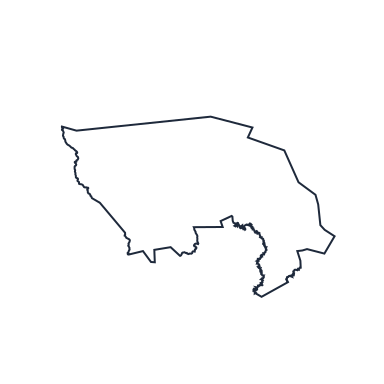 outline of Middle Ramu District, Madang, Papua New Guinea, rotated 31°
{"feature_id": "67681753B72942369161331", "entity_name": "Middle Ramu District", "entity_type": "district", "adm_level": 2, "iso_a3": "PNG", "parent_name": "Papua New Guinea", "parent_adm1": "Madang", "projection": "mercator", "projection_center": [144.728, -4.954], "detail": "fine", "context": "isolated", "style": "outline", "palette": "slate", "viewbox_px": 384, "rotation_deg": 31, "n_neighbors": 0, "source": "geoboundaries", "source_scale": "gbopen_adm2", "svg_char_len": 6048}
<svg xmlns="http://www.w3.org/2000/svg" viewBox="0 0 384 384"><g transform="rotate(31 192 192)"><path d="M46.8,202.9L46.9,203.2L47.4,203.7L48.4,203.5L48.8,203.9L48.9,204.1L48.4,205.1L48.4,205.5L48.7,205.8L49.7,205.9L50.1,206.1L51.3,207.0L51.5,207.3L51.6,208.2L52.4,210.2L52.8,210.5L53.4,210.7L54.1,211.6L54.5,212.0L55.0,212.2L55.9,212.2L57.0,213.3L57.5,214.0L58.4,214.5L58.7,214.6L59.8,215.2L61.1,215.5L62.4,215.4L63.5,215.5L64.9,215.8L65.4,216.0L66.2,216.0L66.9,215.7L67.3,215.7L68.5,216.1L69.3,216.1L70.3,216.5L71.9,216.6L73.0,217.0L73.4,217.5L73.4,217.8L72.6,218.6L72.8,219.3L74.7,220.6L75.1,220.7L76.0,220.7L76.4,220.9L77.2,221.8L77.4,223.1L76.7,224.4L76.7,224.9L77.3,225.5L77.1,226.0L76.4,226.3L76.1,226.5L76.1,226.8L76.6,227.2L78.0,227.6L78.7,228.2L78.8,228.8L78.7,229.3L78.3,230.1L78.3,230.4L78.4,230.9L79.4,232.5L79.6,232.8L80.6,233.4L81.1,234.8L82.4,235.8L82.8,236.8L84.0,237.8L84.9,239.2L85.7,239.5L86.7,239.2L87.2,239.3L87.5,239.5L87.7,239.8L87.7,240.5L88.0,241.3L88.4,241.6L89.8,241.6L90.5,242.3L90.9,243.1L91.8,243.0L93.4,242.3L94.6,242.2L97.0,243.4L97.6,243.3L98.4,242.9L98.9,242.5L99.3,242.4L100.0,242.4L100.5,241.9L100.8,241.9L101.1,242.1L101.2,242.7L100.7,243.2L100.8,243.6L101.2,244.2L101.9,244.5L103.0,246.1L104.1,246.6L105.0,246.3L106.0,246.6L106.8,247.5L107.0,247.6L107.9,247.6L108.8,248.4L109.5,248.8L118.6,248.7L155.6,261.4L156.6,262.9L156.5,263.5L156.7,264.0L157.0,263.9L157.9,264.4L158.9,264.8L159.3,265.1L162.6,264.9L163.5,265.3L163.7,265.6L163.9,266.2L164.2,267.6L164.1,268.3L164.2,269.1L165.0,269.9L165.1,270.3L165.0,270.8L165.3,271.1L165.8,271.2L167.3,272.2L167.6,273.0L168.2,273.6L168.1,274.7L168.5,276.3L168.2,277.3L168.8,278.2L169.1,278.4L169.9,277.7L170.2,278.0L180.4,267.9L192.9,273.1L196.3,271.4L189.5,261.0L202.1,250.3L214.6,252.9L214.9,252.7L215.2,251.9L215.2,250.7L214.9,249.7L215.1,248.8L216.0,248.2L216.4,247.6L216.7,247.5L218.0,247.5L218.9,246.9L219.2,247.0L219.7,247.3L220.4,247.0L220.8,247.1L221.4,246.5L221.6,246.1L223.3,245.1L223.6,244.3L223.2,243.2L223.4,242.4L223.8,242.1L225.0,241.7L224.5,240.4L224.1,239.8L224.4,239.0L224.7,238.6L224.6,237.8L224.3,237.7L224.3,237.4L224.1,237.2L223.3,237.2L222.9,236.9L222.0,237.3L221.3,236.9L221.1,236.1L221.3,235.0L222.1,234.0L224.0,233.5L223.9,232.9L221.7,231.3L220.7,229.3L219.8,228.2L219.5,227.3L218.8,226.5L216.1,225.1L215.5,224.2L213.4,223.1L212.4,221.7L211.7,221.2L236.3,206.2L231.5,202.2L238.3,192.1L239.3,192.3L241.8,195.8L243.4,197.0L244.4,196.9L245.4,196.6L246.2,198.0L246.2,198.5L245.9,199.1L247.0,199.1L247.2,198.6L246.9,197.3L247.2,197.1L248.0,197.3L248.7,197.9L248.8,197.0L248.6,196.4L248.2,195.9L247.7,196.0L247.0,195.7L246.7,195.4L246.9,195.0L247.4,194.9L247.7,195.3L248.9,195.8L249.3,196.3L250.9,196.8L251.9,195.6L252.3,194.6L252.6,195.0L252.6,195.4L252.0,196.2L250.9,197.2L251.1,197.7L251.8,198.0L252.4,198.0L252.7,197.7L252.8,196.6L253.1,196.4L255.2,197.5L255.6,197.1L255.9,196.3L256.9,197.0L257.0,196.7L256.3,195.8L255.9,195.7L254.6,195.6L254.3,195.3L254.5,193.6L255.0,192.8L255.4,191.9L256.2,191.9L256.4,191.4L256.8,191.1L257.2,191.4L258.7,191.2L258.4,190.7L257.8,190.4L257.8,189.2L258.5,189.0L260.0,189.4L260.0,190.2L260.8,190.9L261.9,190.8L262.2,191.2L261.6,192.1L262.0,192.2L262.7,191.9L263.3,192.9L263.5,192.8L263.8,192.0L264.3,192.5L265.3,192.8L266.0,193.7L267.2,194.3L267.6,194.1L267.8,193.5L267.7,192.9L267.4,192.5L267.5,192.2L267.9,192.2L268.2,192.5L268.1,193.3L269.0,193.6L269.5,194.1L269.8,193.9L270.2,192.5L271.0,192.5L271.1,192.9L271.9,193.7L272.5,194.0L272.7,194.5L273.6,194.8L273.6,195.7L274.4,195.7L274.8,195.5L275.2,195.1L275.5,195.7L276.2,195.9L277.0,195.5L277.5,195.8L278.3,197.2L278.9,197.0L279.4,198.0L280.5,198.5L280.8,199.1L279.6,199.6L279.8,199.9L280.6,199.6L281.7,200.0L281.7,200.3L281.3,200.6L281.4,200.8L282.4,201.1L283.0,201.0L283.3,201.7L284.1,201.2L284.1,202.0L284.6,202.6L285.3,202.8L285.7,203.3L285.2,203.9L285.9,205.6L285.4,206.2L285.7,207.3L285.0,207.6L285.6,208.0L285.9,208.5L285.2,209.0L284.9,208.7L283.8,210.5L283.8,210.9L285.0,210.8L285.4,211.2L284.3,212.2L284.4,212.9L284.8,213.0L284.4,213.9L284.6,214.2L283.7,214.8L284.3,215.0L283.7,215.8L283.0,215.9L283.1,216.2L283.6,216.1L283.9,216.3L283.5,216.4L283.9,217.0L283.5,217.2L283.2,217.7L283.7,217.6L284.4,219.6L284.8,219.0L285.1,219.7L286.4,219.5L287.4,220.0L287.7,220.7L287.3,221.3L288.3,221.1L288.4,222.0L287.9,222.5L288.5,222.7L288.9,222.4L289.6,222.5L290.0,222.1L290.2,223.1L290.7,223.8L290.9,223.2L291.8,223.4L292.0,224.0L291.5,223.6L291.7,224.7L292.2,224.4L292.7,224.8L292.3,225.0L293.0,225.9L293.2,225.1L294.3,226.8L295.1,227.2L296.2,226.7L296.1,227.1L296.7,227.0L297.4,227.9L297.2,228.5L297.5,229.1L297.4,229.7L296.5,229.9L296.2,231.1L297.0,230.7L297.4,231.3L298.3,231.5L298.0,232.3L298.8,233.0L297.7,234.7L298.3,235.0L299.1,234.6L299.5,235.5L300.2,235.6L300.1,235.9L298.9,236.0L298.3,237.3L297.6,237.1L297.5,237.4L297.6,238.4L296.9,238.5L297.3,239.1L297.2,240.1L296.2,240.5L296.9,240.6L296.8,241.2L297.9,241.7L298.0,242.0L297.6,242.2L297.5,243.4L297.2,243.4L297.1,242.5L296.5,242.6L295.7,243.8L295.5,242.5L294.9,242.9L294.9,243.9L295.4,244.7L295.7,244.1L296.6,243.6L297.1,243.5L297.2,244.1L296.7,245.3L297.6,245.8L298.0,246.6L298.4,245.8L298.7,245.7L298.7,246.1L305.6,246.0L320.7,219.8L320.0,219.3L319.3,219.4L318.5,218.3L318.1,218.7L318.0,219.4L317.9,218.5L318.0,218.0L317.7,217.7L318.0,217.4L317.7,216.4L317.4,216.3L317.3,216.0L317.8,215.4L318.3,215.2L318.4,214.7L318.3,214.2L319.2,213.3L319.5,213.5L321.3,213.2L320.2,212.5L320.5,212.3L320.6,211.3L321.8,211.3L321.8,210.7L321.1,210.7L320.9,210.4L321.3,210.0L321.4,209.6L321.6,209.7L321.4,209.2L321.1,209.3L320.7,209.6L320.5,208.5L320.2,208.4L319.8,208.1L319.7,207.7L320.2,206.8L320.0,205.9L320.9,205.2L322.5,204.8L322.4,204.4L322.4,203.7L322.9,203.9L323.6,203.7L323.3,203.2L323.2,202.8L323.5,202.8L323.6,201.4L323.5,201.1L324.1,200.8L320.3,195.1L312.7,188.4L316.7,185.3L320.0,181.7L337.2,176.6L337.0,156.5L325.2,156.1L319.1,154.3L306.6,137.7L299.3,130.8L278.3,128.8L249.7,108.8L211.8,116.5L210.6,105.6L169.2,117.8L61.4,198.9L46.8,202.9Z" fill="none" stroke="#1e293b" stroke-width="2"/></g></svg>